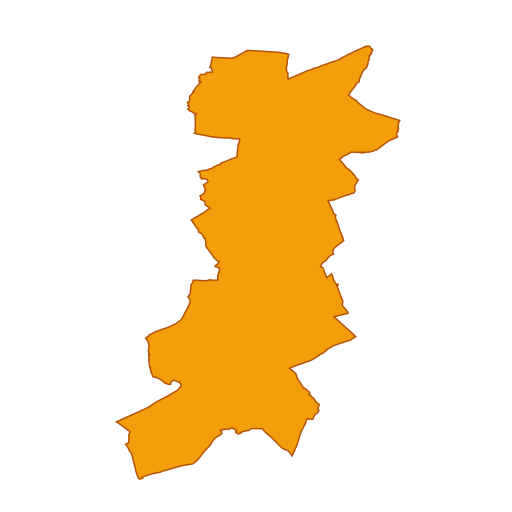 outline of Audnedal nor, Vest-Agder, Norway, rotated 172°
{"feature_id": "86288312B28435141064864", "entity_name": "Audnedal nor", "entity_type": "district", "adm_level": 2, "iso_a3": "NOR", "parent_name": "Norway", "parent_adm1": "Vest-Agder", "projection": "natural_earth1", "projection_center": [7.384, 58.371], "detail": "fine", "context": "isolated", "style": "filled", "palette": "amber", "viewbox_px": 512, "rotation_deg": 172, "n_neighbors": 0, "source": "geoboundaries", "source_scale": "gbopen_adm2", "svg_char_len": 6073}
<svg xmlns="http://www.w3.org/2000/svg" viewBox="0 0 512 512"><g transform="rotate(172 256 256)"><path d="M271.5,459.0L274.4,450.9L275.5,449.3L273.9,448.1L273.9,447.3L273.7,446.9L273.4,445.2L273.5,444.7L274.0,444.0L275.6,444.4L278.1,444.5L278.8,444.9L279.4,444.7L279.9,444.0L281.3,443.2L283.3,443.0L285.4,443.6L287.7,441.4L287.8,440.6L287.8,440.2L287.0,439.8L287.3,439.5L287.2,439.1L288.1,437.4L286.7,436.9L286.6,436.2L286.2,435.7L287.8,435.7L288.5,434.3L289.3,433.3L291.1,432.2L292.8,430.5L295.0,428.0L294.4,427.9L294.3,427.4L295.8,426.7L297.8,424.6L299.6,423.4L299.7,422.6L299.5,422.3L300.1,419.2L300.1,418.4L302.5,417.8L302.7,417.4L301.9,416.5L301.6,416.0L301.8,415.9L301.6,415.3L302.0,414.8L302.7,414.5L302.7,414.1L301.4,413.6L301.3,412.4L301.5,411.9L303.2,411.0L302.9,410.7L302.0,409.9L301.7,409.6L301.9,409.3L300.6,408.4L299.5,408.1L299.2,407.4L298.0,406.7L297.0,405.2L296.0,405.4L295.2,405.0L296.8,403.6L297.9,392.9L298.3,392.2L298.2,391.2L298.5,390.1L298.9,389.6L298.5,387.8L299.9,386.0L281.6,379.6L269.2,377.0L266.2,376.7L262.7,375.5L258.3,374.6L255.8,374.3L256.6,371.8L258.0,369.0L261.3,356.6L266.0,355.7L276.6,353.0L277.5,353.1L278.3,351.8L278.8,351.5L279.7,351.7L280.3,351.4L281.6,351.4L282.8,350.8L286.1,349.8L286.1,349.6L286.9,349.0L289.6,348.8L292.1,347.9L297.3,348.1L297.7,347.8L300.0,347.7L301.3,347.4L300.0,346.2L299.8,345.0L300.1,343.5L300.2,342.1L299.8,340.9L298.9,340.8L298.9,339.8L296.0,339.8L293.5,338.2L293.2,337.6L293.4,335.8L296.9,334.4L298.2,333.7L297.2,330.4L297.0,328.7L298.1,326.1L298.9,325.2L299.8,324.5L303.1,323.4L302.5,321.9L303.0,319.8L300.2,318.3L300.1,317.9L299.1,317.2L299.0,315.9L299.2,313.7L294.8,309.6L297.6,308.6L300.5,306.7L315.1,300.7L310.5,291.6L309.6,290.8L309.4,287.5L306.4,285.5L305.9,284.2L305.6,282.7L304.5,281.2L305.0,280.9L304.9,280.6L303.7,280.0L304.1,273.2L303.9,271.6L299.9,264.5L297.7,260.0L294.4,256.2L293.1,255.8L295.2,253.2L296.9,252.7L298.0,251.5L293.9,249.2L294.2,248.8L293.7,248.3L294.6,246.3L294.6,245.9L294.4,245.5L294.8,245.4L294.8,244.8L295.4,244.6L295.9,243.7L296.0,242.8L296.6,242.2L297.2,237.4L302.0,238.0L305.6,239.0L306.7,238.4L311.9,238.9L317.5,240.2L321.5,240.7L322.4,238.4L324.5,236.5L324.7,234.8L326.5,227.4L329.1,225.1L328.0,223.6L327.8,222.1L327.5,221.4L327.5,219.8L331.2,213.8L334.5,209.4L337.2,205.2L340.4,202.3L341.4,202.1L344.8,200.1L353.2,197.6L365.5,195.2L372.7,192.6L373.6,191.7L376.7,190.0L375.1,187.1L374.5,184.7L374.5,181.4L375.8,177.1L375.8,174.6L375.0,173.1L375.9,173.2L376.4,169.9L376.8,161.6L375.9,160.6L376.6,160.2L376.2,157.3L376.1,155.2L375.4,153.4L374.6,150.4L373.3,150.3L371.0,149.3L369.4,148.3L366.4,145.8L363.7,142.7L360.3,141.0L358.4,140.8L358.0,142.4L357.1,143.1L357.2,143.3L356.8,143.7L355.8,144.3L354.3,144.2L349.5,141.6L348.9,140.3L348.1,139.3L348.0,138.4L348.4,137.7L350.9,135.2L352.8,133.8L362.9,129.7L375.2,125.3L384.0,121.0L417.2,111.2L405.1,99.6L406.8,96.7L407.9,88.9L411.3,87.7L410.8,87.2L410.4,86.2L409.0,82.9L408.4,80.6L407.5,79.4L406.6,76.3L405.2,64.2L404.6,57.3L403.2,52.1L402.3,51.2L399.3,51.7L399.4,52.4L397.1,53.5L396.0,53.5L391.9,54.4L388.2,54.9L381.8,55.1L378.0,56.0L359.5,58.6L347.2,59.0L342.7,61.9L340.7,63.6L334.6,69.6L327.9,74.9L324.2,79.3L321.4,81.7L317.0,83.5L314.6,84.8L314.7,87.1L315.4,88.4L312.5,88.7L308.9,88.6L307.0,88.2L303.7,89.1L299.8,86.1L299.6,85.5L300.7,84.6L300.6,84.1L298.6,82.3L295.9,82.6L295.9,83.3L290.4,84.3L287.3,84.3L286.2,85.1L284.4,85.8L273.6,84.0L271.2,80.0L266.7,75.1L257.1,62.3L255.7,61.2L253.4,60.0L250.6,57.9L248.1,53.0L241.6,63.5L241.5,63.9L240.1,66.3L237.7,72.1L235.6,75.9L230.1,83.7L228.4,87.6L222.6,86.4L221.0,89.0L219.1,91.2L216.8,92.2L215.6,93.7L215.3,94.7L216.0,96.6L214.0,100.1L217.0,103.3L218.9,107.3L220.9,109.3L221.0,109.9L221.7,110.8L222.9,111.5L222.1,112.0L221.8,113.2L222.3,114.1L226.3,118.4L227.8,118.6L227.6,119.5L228.1,120.2L229.6,124.2L232.0,128.6L232.5,131.0L232.6,133.2L233.8,135.1L238.5,140.2L233.1,141.6L218.0,144.6L214.7,145.5L206.1,149.5L202.6,150.8L198.3,153.7L192.7,156.0L190.0,156.8L173.9,159.7L168.4,162.4L187.3,185.0L172.9,186.5L173.1,188.1L177.5,195.2L176.3,199.3L180.1,215.4L178.6,215.9L178.6,216.6L180.5,216.8L182.0,220.5L182.5,221.3L182.7,222.0L182.6,223.7L183.5,227.8L188.9,224.8L190.0,228.9L190.6,230.6L190.8,233.2L191.4,235.0L191.8,235.5L193.6,236.4L193.1,237.6L190.9,240.3L187.4,241.7L186.0,243.2L182.4,246.1L181.2,246.6L178.9,247.1L179.5,249.9L177.3,253.1L167.0,259.1L168.1,264.8L169.4,269.2L170.5,275.7L172.1,283.0L171.2,285.2L173.1,287.0L174.1,291.5L175.4,295.2L175.9,297.5L177.1,300.7L170.6,300.8L159.8,303.3L154.6,304.0L152.0,304.8L150.6,304.6L149.0,306.1L148.6,311.6L144.0,317.2L145.3,318.3L147.2,322.1L150.5,327.1L155.2,332.0L155.7,333.4L160.1,340.3L157.3,341.3L155.4,342.8L153.8,343.1L148.3,345.0L147.0,345.7L140.7,344.4L139.8,344.6L138.6,343.9L137.7,344.0L137.9,343.7L137.7,343.6L136.7,344.1L136.2,343.3L135.2,343.5L134.8,343.0L133.6,343.7L132.5,343.4L129.1,343.2L125.5,343.5L122.9,344.5L121.9,344.3L108.5,351.6L99.4,354.0L99.7,354.5L99.4,355.0L100.0,356.8L99.5,358.3L97.9,359.4L98.2,360.3L97.1,362.3L97.4,362.7L97.5,363.3L97.2,363.4L97.0,364.3L97.2,364.8L96.6,366.7L96.7,367.3L94.8,370.1L109.9,377.4L118.8,381.3L126.7,386.3L133.3,393.3L134.6,394.8L134.5,395.2L134.8,396.0L136.8,397.1L138.0,398.5L139.3,399.3L141.8,402.5L140.1,404.8L134.1,410.4L133.2,412.1L132.4,412.5L131.6,413.6L130.9,414.0L129.4,414.1L129.4,415.1L129.1,416.9L128.0,418.1L127.2,419.8L125.9,421.7L124.5,424.1L122.5,425.9L121.3,426.2L120.1,427.6L118.7,429.9L117.8,433.4L117.4,433.6L116.7,434.5L116.6,435.9L116.1,436.6L116.4,437.4L115.3,438.3L115.8,438.8L115.2,439.4L114.5,439.6L113.4,440.6L113.5,441.0L113.3,441.2L113.2,442.0L111.8,443.3L112.2,444.8L113.7,446.1L114.1,447.5L114.4,447.9L115.8,448.4L118.7,448.2L137.1,442.6L142.9,440.4L143.4,440.0L144.3,440.0L147.0,438.8L166.4,434.9L167.3,434.4L173.3,433.7L176.1,432.7L178.4,432.5L199.5,426.7L199.5,429.0L198.9,432.9L199.9,434.1L199.9,438.0L199.1,439.6L198.1,442.8L198.2,443.8L197.9,444.9L195.5,451.1L199.1,452.8L202.3,453.5L205.6,454.7L235.9,460.8L248.6,455.9L252.2,455.2L266.8,457.9L271.5,459.0Z" fill="#f59e0b" stroke="#b45309" stroke-width="1.5"/></g></svg>